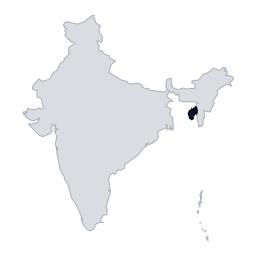 location of Tripura within India
{"feature_id": "IND-3301", "entity_name": "Tripura", "entity_type": "State", "adm_level": 1, "iso_a3": "IND", "parent_name": "India", "parent_adm1": "", "projection": "mercator", "projection_center": [91.787, 23.743], "detail": "fine", "context": "in_parent", "style": "filled", "palette": "ink", "viewbox_px": 256, "rotation_deg": 0, "n_neighbors": 0, "source": "natural_earth", "source_scale": "10m", "svg_char_len": 5447}
<svg xmlns="http://www.w3.org/2000/svg" viewBox="0 0 256 256"><path d="M22.8,112.2L26.9,111.4L27.3,108.6L34.7,109.8L39.6,107.8L41.2,109.2L43.6,107.9L40.8,97.8L38.0,97.5L36.8,95.9L37.1,91.1L32.5,89.2L32.7,86.1L39.0,78.8L41.8,81.4L49.6,79.3L53.0,72.8L57.0,70.5L60.5,63.0L63.5,61.7L64.2,58.9L69.5,53.8L68.6,52.6L68.9,47.2L74.5,43.8L73.8,42.5L69.9,41.5L69.7,39.2L67.5,39.1L67.1,37.2L64.9,35.5L66.0,32.8L64.7,30.9L66.7,29.0L64.2,27.8L64.7,26.4L63.4,25.2L64.6,22.8L67.1,21.8L77.2,24.1L83.6,22.1L92.3,15.4L94.1,15.5L93.8,17.5L96.1,23.2L100.7,25.8L99.0,28.4L99.5,32.8L101.9,35.7L102.5,41.4L100.4,42.6L98.8,40.6L96.6,41.2L99.1,46.0L99.1,51.4L101.7,50.7L104.5,54.2L109.3,55.9L109.6,57.8L115.5,61.1L111.1,64.7L108.7,72.2L121.5,80.1L127.5,81.7L127.9,82.9L131.9,84.1L137.7,83.1L141.4,84.7L142.0,86.8L146.0,89.1L148.3,88.4L149.9,90.3L165.8,92.1L167.0,89.3L165.7,86.0L166.9,79.4L170.0,78.2L171.6,78.9L171.2,82.9L172.3,84.6L171.2,85.7L174.1,88.6L178.6,89.5L182.8,88.0L185.6,89.0L194.7,88.3L195.3,84.8L191.8,82.6L192.0,80.9L198.6,80.0L203.7,73.8L207.4,73.0L213.6,68.2L219.1,70.5L223.8,67.1L226.1,68.7L224.4,70.1L224.5,71.4L226.7,70.4L227.7,72.7L225.6,75.6L227.9,75.2L233.1,77.2L233.2,79.5L229.8,82.4L231.5,86.2L228.8,84.4L224.9,85.0L217.2,90.4L217.3,94.8L213.3,100.6L214.2,102.8L210.0,112.1L204.2,110.6L204.5,117.9L203.1,118.7L203.0,125.0L201.2,126.8L199.9,125.7L198.8,126.9L196.5,113.6L194.2,113.6L191.9,119.1L190.6,117.4L189.8,118.1L188.7,114.4L190.1,110.3L193.8,109.5L195.4,107.9L196.3,104.1L198.1,103.6L195.0,101.8L183.4,101.9L179.1,100.8L179.0,95.6L177.9,93.5L177.0,95.1L175.7,95.1L173.2,91.9L171.8,93.1L168.5,90.6L169.0,92.2L166.5,96.1L172.7,101.1L169.1,101.7L166.0,106.1L171.1,108.9L169.9,113.7L171.1,116.9L172.5,117.5L173.4,129.4L172.0,128.7L171.2,130.0L170.5,125.8L170.1,129.4L167.9,128.6L166.7,129.6L167.3,125.7L165.4,123.8L167.0,125.8L165.5,128.1L159.4,130.6L157.6,132.7L158.5,136.8L156.8,139.8L154.1,142.1L153.2,141.8L153.0,143.0L148.4,144.6L147.9,143.1L146.0,144.1L145.5,145.3L147.4,145.1L142.6,148.9L137.8,155.2L125.2,164.3L124.5,168.3L120.9,170.1L117.4,170.0L115.2,174.3L112.8,173.3L110.3,174.7L108.6,179.5L110.4,191.3L109.3,189.6L108.6,190.4L110.6,192.2L106.0,207.3L107.1,208.2L107.0,214.6L103.2,215.1L100.5,220.1L101.1,221.8L103.9,222.8L100.8,222.3L96.8,223.5L95.1,225.1L94.2,228.7L90.3,231.0L87.0,229.2L83.3,225.0L81.7,221.0L81.1,217.5L82.6,220.3L81.8,217.5L77.3,207.0L71.7,198.1L67.7,183.8L64.6,179.5L63.7,175.1L62.6,174.7L60.1,169.1L56.8,152.6L57.7,149.7L57.5,148.7L56.5,150.0L56.3,149.2L56.3,147.6L57.6,147.7L56.2,147.1L55.3,143.5L56.9,137.0L55.0,131.6L55.8,130.9L54.9,130.9L58.5,128.7L54.4,129.1L55.5,127.0L54.3,126.9L54.5,125.5L56.3,124.9L51.8,124.7L52.5,126.1L50.8,128.1L52.3,130.4L50.6,133.3L43.5,136.5L39.6,135.7L28.7,124.5L29.2,123.3L30.9,124.5L37.4,122.3L39.6,118.2L33.7,120.8L30.6,120.1L26.3,117.5L24.7,114.5L27.3,112.3L23.4,114.3L22.8,112.2ZM199.9,205.7L198.5,203.2L200.4,200.6L200.9,192.2L202.3,190.8L201.1,195.3L201.8,198.3L200.9,199.0L199.9,205.7ZM207.8,237.1L207.9,240.6L206.6,238.7L207.8,237.1ZM198.3,212.9L197.4,212.9L197.2,211.4L198.4,210.4L198.3,212.9ZM204.6,231.4L204.5,232.4L204.3,231.5L204.6,231.4ZM205.7,230.0L205.3,231.4L205.5,229.9L205.7,230.0ZM206.9,235.8L206.5,236.9L206.2,236.5L206.9,235.8ZM200.5,223.0L199.9,223.0L200.2,222.5L200.5,223.0ZM199.7,206.2L199.0,206.8L199.3,205.9L199.7,206.2ZM202.0,202.0L202.3,203.0L201.6,202.2L202.0,202.0ZM202.9,229.7L202.4,229.5L202.6,229.0L202.9,229.7ZM200.0,195.3L199.6,196.3L199.8,195.2L200.0,195.3Z" fill="#d9dde1" stroke="#a8b0b8" stroke-width="1"/><path d="M196.6,113.4L196.4,113.3L196.2,113.8L196.0,113.7L195.9,113.4L195.8,113.2L195.5,113.3L195.4,113.4L195.1,113.8L194.8,113.9L194.7,113.9L194.4,113.5L194.3,113.4L194.2,113.3L194.1,113.5L194.1,113.8L194.3,114.8L194.3,115.1L194.1,115.3L193.9,115.5L193.5,115.7L193.4,115.8L193.2,116.1L193.0,116.4L192.8,116.8L192.9,117.1L193.0,117.4L193.1,117.9L193.2,118.2L193.2,118.3L192.9,118.5L192.8,118.8L192.7,118.8L192.6,119.0L192.3,119.1L192.2,119.1L191.9,119.1L191.9,119.3L191.7,119.4L191.6,119.2L191.4,119.1L191.2,118.9L191.2,118.7L191.1,118.4L190.9,117.8L190.9,117.7L190.7,117.4L190.6,117.2L190.6,117.3L190.6,117.1L190.3,116.9L190.2,116.9L190.1,117.0L190.0,117.5L190.2,118.2L190.2,118.5L189.9,118.4L189.7,118.2L189.6,117.8L189.5,116.6L189.4,116.5L189.4,116.4L189.5,116.2L189.4,116.1L189.3,115.9L189.2,115.5L189.1,115.3L189.1,115.2L188.9,115.1L188.8,114.9L188.8,114.7L188.7,114.5L188.5,114.1L188.5,113.8L188.7,113.7L188.4,113.3L188.5,113.1L188.8,113.1L189.0,112.9L189.1,112.5L189.1,112.3L189.1,112.2L189.0,111.9L189.3,111.4L189.5,111.2L189.8,111.2L190.0,110.8L190.0,110.5L190.1,110.3L190.4,110.3L190.9,110.4L191.2,110.4L191.5,110.4L191.8,110.3L191.8,110.1L192.0,109.5L192.0,109.4L192.2,109.7L192.3,109.9L192.6,110.0L192.7,109.9L192.8,109.8L192.8,109.7L192.7,109.5L192.7,109.3L192.8,109.2L193.2,109.3L193.3,109.3L193.3,109.6L193.6,109.9L193.8,109.8L193.9,109.7L194.0,109.0L194.0,108.9L193.9,108.6L194.0,108.4L194.3,108.5L194.5,108.6L194.3,108.2L194.9,108.2L195.1,108.2L195.3,108.1L195.5,107.9L195.5,107.7L195.5,107.2L195.6,106.9L195.8,106.8L196.3,107.1L196.4,107.3L196.4,107.5L196.5,108.0L196.5,108.3L196.3,109.0L196.8,109.2L196.9,109.3L197.0,109.4L197.0,109.5L197.1,110.3L197.0,110.6L197.0,110.8L197.1,111.0L197.0,111.5L196.9,111.6L196.9,111.8L197.0,111.8L197.0,112.0L197.0,112.3L196.9,112.3L196.9,112.2L196.8,112.3L196.7,112.3L196.6,112.5L196.6,112.9L196.6,113.3L196.6,113.4Z" fill="#0f172a" stroke="#020617" stroke-width="1.5"/></svg>